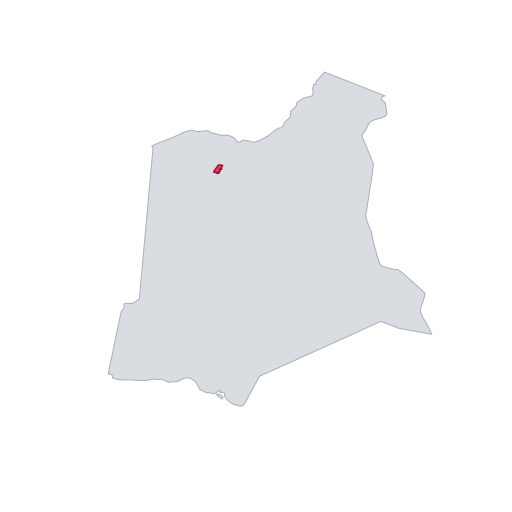 location of Kapseret, Rift Valley, Kenya, rotated 66°
{"feature_id": "3690345B11020389245436", "entity_name": "Kapseret", "entity_type": "district", "adm_level": 2, "iso_a3": "KEN", "parent_name": "Kenya", "parent_adm1": "Rift Valley", "projection": "orthographic", "projection_center": [35.238, 0.421], "detail": "fine", "context": "in_parent", "style": "filled", "palette": "rose", "viewbox_px": 512, "rotation_deg": 66, "n_neighbors": 0, "source": "geoboundaries", "source_scale": "gbopen_adm2", "svg_char_len": 4559}
<svg xmlns="http://www.w3.org/2000/svg" viewBox="0 0 512 512"><g transform="rotate(66 256 256)"><path d="M113.1,306.4L113.0,300.3L113.8,284.7L113.7,271.0L114.5,264.2L117.9,259.8L119.5,256.6L120.6,252.2L122.3,248.6L126.4,245.7L127.1,244.1L131.3,239.2L133.9,232.9L135.8,230.8L138.2,228.8L139.9,227.8L142.7,226.7L144.9,226.1L145.3,225.6L145.5,224.6L144.7,220.7L145.7,219.4L147.2,216.8L148.9,214.4L150.4,212.9L151.3,211.3L151.7,208.6L151.7,206.6L151.7,203.4L151.2,196.2L149.4,190.2L148.3,183.4L149.1,181.2L147.7,177.3L147.0,177.1L145.9,176.2L144.4,172.5L143.3,169.1L142.6,168.2L137.8,165.2L135.4,158.2L132.7,156.7L131.3,149.7L131.0,147.7L132.5,140.7L132.4,139.2L130.7,137.7L126.2,136.2L122.6,133.3L123.1,132.3L123.3,131.3L121.4,130.6L115.8,118.7L123.0,111.6L130.3,104.3L139.6,95.2L148.2,86.8L155.6,79.5L162.2,73.1L162.0,74.3L162.0,76.0L162.9,77.0L164.2,77.6L166.1,76.9L167.7,75.9L169.3,75.7L179.2,78.4L180.9,80.7L180.8,83.3L181.2,85.1L180.5,86.9L179.7,92.5L179.9,97.6L182.9,101.4L185.5,104.4L187.6,108.5L189.2,109.8L191.3,110.5L198.2,110.6L208.2,110.9L217.9,111.2L218.8,111.3L220.9,111.8L229.8,117.5L238.0,122.6L244.9,127.1L251.7,131.5L258.2,135.7L263.3,139.2L268.3,140.3L276.4,140.8L282.0,140.9L287.2,142.4L294.9,143.8L300.7,144.5L304.1,145.3L313.8,146.1L315.4,145.6L319.6,141.7L324.3,135.4L326.1,131.9L332.3,128.4L343.0,123.6L350.6,120.2L359.0,116.7L362.9,119.7L368.2,124.5L370.6,126.8L372.5,127.9L375.4,128.6L378.9,128.6L380.8,128.5L384.7,127.8L393.8,127.3L399.0,127.3L394.7,133.6L389.5,141.2L379.9,155.2L372.5,162.6L367.0,168.1L366.5,169.1L366.5,175.3L366.7,190.5L366.9,220.8L367.0,251.1L367.2,281.4L367.2,296.5L367.2,301.6L372.1,308.0L376.9,314.2L383.2,322.4L386.6,326.9L387.1,328.3L387.0,331.3L381.7,337.5L377.4,340.3L371.7,341.6L370.0,341.4L367.7,340.5L366.8,342.0L366.2,344.3L364.9,343.8L363.9,343.1L364.5,347.2L365.1,349.2L364.2,351.9L361.4,354.3L361.1,356.4L355.1,361.6L346.5,362.2L342.0,364.9L340.0,367.0L338.4,371.7L338.9,378.9L336.5,384.4L336.0,387.2L331.6,390.8L329.6,394.1L328.1,397.4L326.9,398.9L325.3,406.4L323.2,411.0L322.7,412.5L322.2,413.8L320.6,416.5L319.5,418.4L318.8,419.6L313.5,431.2L309.4,436.5L306.2,435.9L304.0,438.0L303.8,438.9L302.7,438.4L300.0,436.5L294.5,432.5L289.1,428.5L283.6,424.6L278.1,420.6L272.6,416.7L267.1,412.7L261.6,408.7L256.1,404.8L252.9,402.4L251.5,401.1L250.4,398.3L249.8,397.6L248.4,396.8L246.7,396.6L246.2,396.1L246.2,394.8L246.8,392.9L248.8,389.2L249.0,387.1L248.7,384.6L248.0,380.7L247.5,379.9L243.8,377.8L236.2,373.6L228.5,369.3L220.9,365.0L213.2,360.7L205.6,356.5L197.9,352.2L190.3,347.9L182.6,343.6L175.0,339.4L167.3,335.1L159.6,330.8L152.0,326.5L144.3,322.3L136.6,318.0L129.0,313.7L121.3,309.4L118.4,307.8L115.8,306.4L113.1,306.4ZM367.7,347.9L366.3,348.3L367.0,346.2L370.9,343.6L372.5,344.1L372.8,344.8L372.8,345.3L372.1,345.8L367.7,347.9Z" fill="#d9dde1" stroke="#a8b0b8" stroke-width="1"/><path d="M162.7,252.0L162.5,251.9L162.4,251.9L162.2,251.8L161.9,251.9L161.7,251.8L161.6,251.7L161.4,251.6L161.2,251.6L161.2,251.4L161.0,251.2L160.9,251.1L160.7,251.1L160.7,250.9L160.4,250.8L160.4,250.7L160.2,250.5L160.2,250.4L160.2,250.2L159.9,250.1L159.7,250.1L159.5,250.3L159.4,250.3L159.4,250.2L159.3,250.3L159.2,250.4L159.0,250.5L158.9,250.5L158.7,250.7L158.6,250.8L158.6,250.7L158.5,250.9L158.4,251.1L158.4,251.3L158.4,251.6L158.3,251.8L158.3,252.1L158.2,252.2L158.2,252.3L158.2,252.5L158.0,252.8L157.9,253.1L157.7,253.2L157.6,253.4L157.7,253.5L157.8,253.6L157.8,253.8L157.9,254.0L158.0,254.0L158.1,254.3L158.3,254.5L158.5,254.9L158.6,255.0L158.8,255.2L158.9,255.3L159.0,255.4L159.0,255.5L159.1,255.8L159.2,256.0L159.3,256.2L159.3,256.3L159.5,256.6L159.6,256.8L159.7,257.0L159.8,257.2L159.9,257.3L160.1,257.6L160.2,257.8L160.3,258.0L160.5,258.3L160.6,258.5L160.7,258.8L160.8,258.8L160.9,259.0L161.0,259.1L161.1,259.3L161.2,259.5L161.3,259.6L161.5,259.9L161.5,260.0L161.8,260.3L162.0,260.3L162.0,260.2L162.3,260.0L162.5,260.1L162.6,259.9L162.6,259.7L162.8,259.3L163.0,259.1L163.3,259.1L163.5,258.7L163.6,258.3L163.7,257.9L163.8,257.8L163.8,257.6L164.0,257.6L164.0,257.8L164.1,258.0L164.3,258.1L164.5,258.1L164.7,257.9L164.8,257.9L164.8,257.7L164.9,257.3L165.0,257.0L164.7,256.8L164.5,256.7L164.8,256.3L164.7,256.3L164.4,256.4L164.2,256.3L164.1,256.1L164.2,255.8L164.3,255.5L164.0,255.4L163.7,254.9L163.8,254.6L163.9,254.3L163.6,254.2L163.3,254.0L163.2,254.1L163.2,254.3L162.7,254.3L162.7,254.2L162.6,253.9L162.0,253.7L161.9,254.0L161.7,253.9L162.2,252.6L162.2,252.4L162.3,252.3L162.6,252.6L162.8,252.2L162.7,252.1L162.8,252.1L162.7,252.1L162.7,252.0Z" fill="#f43f5e" stroke="#9f1239" stroke-width="1.5"/></g></svg>